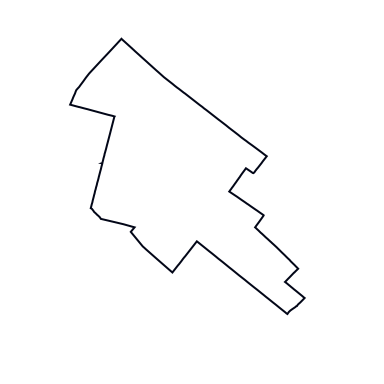 Perisoru, Calarasi, Romania (Mercator projection), rotated 128°
{"feature_id": "2599482B98819823315951", "entity_name": "Perisoru", "entity_type": "district", "adm_level": 2, "iso_a3": "ROU", "parent_name": "Romania", "parent_adm1": "Calarasi", "projection": "mercator", "projection_center": [27.524, 44.441], "detail": "fine", "context": "isolated", "style": "outline", "palette": "ink", "viewbox_px": 384, "rotation_deg": 128, "n_neighbors": 0, "source": "geoboundaries", "source_scale": "gbopen_adm2", "svg_char_len": 4827}
<svg xmlns="http://www.w3.org/2000/svg" viewBox="0 0 384 384"><g transform="rotate(128 192 192)"><path d="M183.0,345.9L184.5,345.5L185.9,345.0L187.0,344.7L188.4,344.4L190.8,343.8L192.7,343.2L194.7,342.7L198.2,341.8L197.4,339.9L196.1,336.8L194.6,333.3L194.5,333.2L194.4,333.0L192.5,328.5L190.9,324.9L190.5,323.9L182.8,305.6L181.0,301.7L180.6,300.6L180.2,299.6L180.3,299.6L197.5,292.1L205.4,288.7L207.3,287.9L209.3,287.0L211.1,286.2L213.8,285.1L214.2,284.9L215.6,284.4L216.4,284.0L216.9,283.7L220.1,282.4L222.0,281.5L223.7,280.8L224.4,280.5L224.5,280.5L224.8,280.7L224.6,280.3L225.7,279.8L227.9,278.9L228.7,278.5L230.7,277.6L231.5,277.3L235.2,275.7L236.8,275.0L237.8,274.6L238.1,274.4L240.6,273.3L243.4,272.2L244.8,271.5L246.2,270.9L247.3,270.5L249.2,269.6L250.0,269.3L250.8,269.0L251.7,268.6L252.4,268.2L254.0,267.5L254.6,267.3L256.3,266.5L257.9,265.8L259.8,265.0L261.6,264.1L262.7,263.7L263.7,263.3L265.0,262.7L267.1,261.8L267.0,261.4L267.0,261.2L266.9,260.5L266.9,260.4L267.0,260.2L267.1,259.8L267.4,258.5L267.8,257.3L268.0,256.7L268.0,256.2L268.1,254.7L268.2,254.0L268.4,252.4L268.4,251.4L268.5,250.5L268.6,249.8L268.6,249.3L268.7,249.1L268.8,248.8L268.9,248.4L269.0,248.1L269.1,247.7L269.3,247.3L263.4,234.5L259.6,226.2L255.2,215.5L261.1,215.7L265.2,197.3L265.3,195.4L265.5,193.1L266.4,178.0L267.5,157.9L267.4,157.9L265.2,157.9L263.5,157.9L262.1,157.9L259.9,157.9L258.5,157.9L256.9,157.8L255.4,157.8L254.4,157.8L253.2,157.8L250.5,157.9L248.4,157.9L247.1,157.8L243.2,157.8L241.6,157.8L240.0,157.8L237.5,157.8L235.7,157.8L232.9,157.8L230.8,157.8L227.9,157.8L227.9,156.9L227.9,156.1L228.0,148.3L228.1,142.0L228.1,138.2L228.2,133.0L228.3,130.4L228.3,128.5L228.3,125.8L228.3,124.8L228.4,119.9L228.5,116.0L228.5,115.0L228.5,112.8L228.6,108.2L228.7,103.6L228.7,99.8L228.7,98.6L228.7,96.0L228.8,93.0L228.9,84.4L228.9,80.1L229.0,74.4L229.0,72.9L229.1,69.2L229.1,67.7L229.1,66.2L229.2,60.3L229.2,59.4L229.2,58.8L229.2,56.9L229.3,52.3L229.4,44.1L229.5,42.9L229.4,41.7L227.9,41.8L226.6,41.8L226.0,41.7L224.8,41.5L222.7,40.9L219.0,39.7L217.7,39.5L217.3,39.1L216.2,39.2L215.4,39.2L214.1,39.0L212.6,38.7L210.1,38.4L208.2,38.2L206.2,38.0L206.2,38.3L206.2,39.4L206.1,40.7L206.0,45.3L205.9,49.8L205.9,50.7L205.9,51.7L205.8,53.8L205.8,54.9L205.7,57.5L205.7,58.2L205.6,60.8L205.6,63.3L205.1,63.2L203.7,63.1L203.0,63.0L201.7,62.9L199.3,62.6L197.3,62.4L195.3,62.2L193.3,62.0L192.9,62.0L192.8,61.9L192.6,61.8L192.3,61.8L191.9,61.7L191.3,61.7L187.8,61.2L187.1,61.1L186.8,63.1L186.7,64.3L186.5,65.5L186.4,66.3L186.3,67.1L186.2,68.3L186.0,69.9L185.9,70.9L185.8,71.8L185.6,72.4L185.5,73.1L185.4,73.7L185.3,75.1L185.0,77.8L184.7,80.1L184.6,81.2L184.3,84.2L183.9,87.4L183.8,88.2L183.7,89.2L183.6,90.1L183.5,90.7L183.4,91.8L183.1,95.4L183.0,97.0L182.9,98.2L182.8,98.9L182.8,99.9L182.7,100.4L182.6,102.1L182.5,102.8L182.3,106.2L182.1,108.1L181.9,110.3L181.9,110.8L181.8,111.2L181.8,112.1L181.8,112.3L181.8,112.6L181.4,115.9L181.2,118.4L181.0,119.9L181.0,120.5L178.9,120.6L174.7,120.7L172.2,120.8L167.9,121.0L166.3,121.1L166.2,121.2L166.2,121.3L166.2,121.6L166.4,125.1L166.5,127.1L166.6,129.5L166.7,130.5L167.1,137.4L167.2,139.8L167.3,141.1L167.4,141.9L167.4,142.5L167.4,143.0L167.6,146.2L167.7,147.6L168.0,153.7L168.2,156.1L168.6,161.4L168.7,162.9L168.2,162.9L167.4,163.0L166.5,163.0L165.3,163.0L164.3,163.1L163.4,163.1L162.8,163.1L162.0,163.1L161.0,163.2L160.1,163.2L159.0,163.3L157.7,163.3L156.1,163.4L154.5,163.5L153.3,163.5L152.4,163.6L151.8,163.6L151.1,163.6L150.5,163.6L149.9,163.7L148.6,163.8L146.3,163.9L142.4,164.0L140.1,164.1L139.7,158.1L139.6,155.8L139.5,155.6L139.4,155.3L139.3,155.2L139.2,155.2L138.9,155.1L138.5,155.1L137.9,155.0L137.2,155.0L136.4,155.1L135.2,155.1L134.0,155.1L132.3,155.0L131.2,155.0L130.1,155.0L128.9,155.0L128.0,155.0L126.0,155.0L124.5,155.1L122.6,155.1L121.1,155.1L119.9,155.1L118.6,155.1L117.8,155.1L117.9,157.9L117.9,161.3L118.0,165.9L118.1,169.9L118.2,173.5L118.3,175.7L118.4,177.9L118.4,179.7L118.4,181.1L118.5,182.6L118.6,186.8L118.5,190.6L118.6,202.4L118.5,206.3L118.6,215.7L118.6,217.0L118.6,217.6L118.6,218.4L118.6,223.1L118.6,223.4L118.6,224.4L118.6,225.3L118.6,227.2L118.6,231.2L118.7,233.9L118.6,236.2L118.7,239.4L118.7,241.1L118.7,242.2L118.7,244.6L118.7,247.1L118.7,248.7L118.7,249.6L118.7,251.8L118.7,254.2L118.7,256.0L118.7,257.9L118.7,258.4L118.8,259.6L118.8,261.3L118.8,261.9L118.8,263.6L118.8,264.6L118.8,265.6L118.9,268.2L118.9,269.2L118.9,270.3L118.9,271.1L118.8,273.7L118.8,275.7L118.8,276.1L118.8,278.5L118.8,280.3L118.8,283.0L118.8,284.8L118.4,290.6L118.2,293.8L118.2,294.2L117.8,299.9L117.5,304.3L117.2,308.1L116.8,314.3L116.1,324.1L116.0,324.8L114.8,341.3L114.7,341.9L132.4,343.4L144.3,344.5L153.7,345.3L160.7,345.9L162.2,346.0L164.0,346.0L165.7,346.0L167.1,346.0L171.7,345.8L176.6,345.7L178.6,345.6L180.9,345.8L182.8,345.9L183.0,345.9Z" fill="none" stroke="#020617" stroke-width="2"/></g></svg>